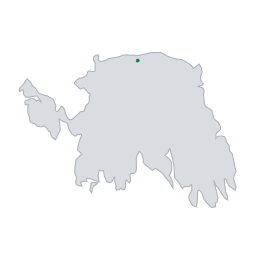 Kimmage-Rathmines Lea-6, Dublin, Ireland (highlighted), rotated 272°
{"feature_id": "5873133B27711850706283", "entity_name": "Kimmage-Rathmines Lea-6", "entity_type": "district", "adm_level": 2, "iso_a3": "IRL", "parent_name": "Ireland", "parent_adm1": "Dublin", "projection": "orthographic", "projection_center": [-6.288, 53.318], "detail": "fine", "context": "in_parent", "style": "filled", "palette": "green", "viewbox_px": 256, "rotation_deg": 272, "n_neighbors": 0, "source": "geoboundaries", "source_scale": "gbopen_adm2", "svg_char_len": 3966}
<svg xmlns="http://www.w3.org/2000/svg" viewBox="0 0 256 256"><g transform="rotate(272 128 128)"><path d="M165.3,33.7L160.0,37.3L159.2,38.7L157.6,44.3L157.4,45.9L154.1,52.1L152.2,53.3L149.4,54.3L147.8,55.2L145.8,54.7L143.3,54.7L142.1,55.8L142.1,56.7L142.8,57.7L147.4,60.6L147.1,61.8L145.8,63.2L137.4,66.3L134.9,68.3L134.0,69.6L134.8,71.9L141.3,78.8L142.4,79.5L143.3,83.5L149.2,85.2L151.5,87.7L153.6,88.4L158.1,88.2L159.9,89.2L161.0,88.5L161.6,87.2L166.7,82.5L165.2,78.9L170.4,72.9L171.8,73.0L174.1,74.9L176.1,77.5L176.7,80.9L178.5,84.0L179.7,85.1L183.0,85.8L183.7,87.0L183.1,91.5L183.6,93.0L191.9,92.9L195.2,90.9L198.1,91.3L199.5,93.3L200.2,95.4L197.7,96.2L195.1,95.7L193.8,97.1L193.7,99.7L194.6,103.1L196.4,105.5L197.7,110.9L198.9,116.9L200.7,120.6L201.1,125.1L200.8,127.3L201.2,131.2L200.4,132.7L201.0,136.4L204.1,148.4L204.7,157.8L203.2,161.3L201.2,164.7L199.9,168.6L198.8,172.9L198.2,179.8L193.7,187.9L191.8,189.9L189.6,191.1L194.5,196.8L190.5,199.3L186.2,200.1L181.4,198.6L178.4,198.8L174.6,201.7L173.7,201.1L172.0,196.5L170.6,201.3L167.9,202.7L163.1,202.4L155.2,203.5L152.2,204.8L150.9,207.0L149.9,209.4L148.6,210.8L147.2,211.6L141.1,213.3L139.8,214.0L136.9,217.9L133.1,220.1L130.0,220.7L127.4,218.3L126.3,216.9L125.0,216.1L120.8,216.1L122.1,216.9L122.9,218.5L123.3,221.7L122.7,224.7L120.6,226.2L118.1,226.5L114.1,229.5L108.8,230.2L105.9,233.0L88.6,237.3L87.6,237.4L85.3,236.0L82.7,235.3L80.1,235.6L72.8,238.0L69.4,237.3L74.1,230.6L80.2,227.5L80.9,226.5L79.0,226.0L67.5,227.8L63.5,229.7L59.5,230.1L61.5,227.0L66.8,223.0L71.3,220.4L73.3,218.0L78.8,215.4L61.4,220.4L56.9,219.4L55.9,217.7L52.4,218.3L51.3,214.3L56.8,208.5L59.9,206.1L63.6,204.9L67.1,203.0L68.5,200.6L66.9,199.7L56.6,199.8L51.7,199.0L52.1,197.1L53.1,195.0L58.4,191.6L61.2,191.1L63.6,191.6L67.9,194.0L73.7,193.6L71.4,191.1L71.2,186.3L69.5,184.6L71.9,182.5L74.7,181.2L79.4,176.8L81.0,176.2L89.9,175.5L99.6,173.5L109.2,170.5L104.4,168.4L102.1,165.9L98.2,170.7L95.5,172.5L87.8,173.2L85.4,172.5L82.1,170.8L81.1,171.4L80.0,172.5L74.9,174.7L69.6,175.1L75.9,170.9L84.1,163.6L85.9,161.3L88.5,157.2L87.9,155.3L86.3,154.2L92.3,145.9L94.3,144.4L97.9,144.3L100.6,143.0L101.7,143.1L102.8,142.6L105.2,140.1L101.7,138.3L98.1,137.3L86.7,137.8L85.3,137.5L83.9,136.6L83.0,135.5L82.5,132.5L81.7,131.8L79.1,131.7L76.6,132.5L74.8,132.3L73.2,130.9L76.1,128.1L72.6,127.2L69.0,127.6L66.1,126.5L66.1,124.7L67.5,122.9L65.8,121.0L65.6,118.7L67.5,117.7L69.6,118.2L73.8,116.8L79.2,116.2L74.7,114.4L73.0,112.9L73.0,110.7L73.4,108.9L78.9,106.1L84.6,105.0L84.2,102.9L84.7,100.7L79.1,99.8L73.4,101.1L74.2,96.9L75.8,93.1L76.1,90.6L76.0,87.9L73.3,88.9L73.2,85.1L72.2,82.5L68.3,84.1L68.6,80.6L69.8,78.3L71.9,77.4L73.9,77.9L77.6,78.1L81.3,76.4L86.4,76.2L94.6,77.1L100.1,82.5L101.6,81.6L104.0,78.5L105.1,78.2L113.6,79.9L118.8,81.9L120.2,81.4L119.6,77.8L117.8,75.3L120.2,72.1L123.1,70.0L125.0,68.9L129.3,67.7L131.2,66.5L132.5,62.3L134.6,58.9L123.9,60.4L113.8,56.0L115.5,53.1L117.7,51.5L121.5,50.4L121.9,48.9L123.8,47.7L127.0,44.5L126.0,40.1L126.7,37.0L128.9,35.0L129.7,32.0L130.8,29.9L135.3,29.2L139.6,27.3L146.2,27.2L147.9,28.0L147.6,24.4L150.8,24.0L152.0,24.8L152.4,27.3L153.8,29.0L154.2,31.8L153.2,33.9L151.6,35.6L153.0,37.3L150.7,40.4L153.2,39.1L156.7,36.1L156.6,33.6L156.0,30.5L155.1,27.7L155.6,24.6L157.6,22.7L162.7,21.8L160.7,18.3L162.5,18.0L164.5,18.7L167.5,21.5L173.8,25.4L170.6,28.8L166.8,31.1L165.3,33.7ZM72.4,98.2L72.2,99.8L69.8,97.6L68.7,95.3L61.9,93.9L64.9,91.9L66.2,92.6L71.1,92.9L72.4,93.9L72.4,98.2Z" fill="#d9dde1" stroke="#a8b0b8" stroke-width="1"/><path d="M194.8,135.5L195.0,135.7L195.3,135.8L195.2,135.9L195.3,136.2L195.4,136.3L195.5,136.3L195.6,136.5L195.8,136.4L195.8,136.2L196.2,136.2L196.3,136.2L196.5,136.1L196.6,135.8L196.8,135.8L196.8,135.5L196.7,135.4L196.7,135.2L196.6,134.7L196.3,134.8L196.2,134.8L196.0,134.7L195.6,134.6L195.4,134.6L195.1,134.3L194.9,134.4L195.0,134.7L194.9,134.8L194.8,135.0L194.7,135.1L194.8,135.3L194.8,135.5L194.8,135.5Z" fill="#22c55e" stroke="#15803d" stroke-width="1.5"/></g></svg>